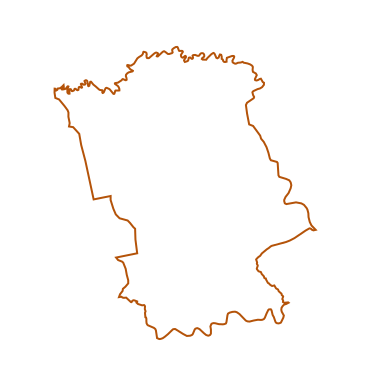 outline of Dong Xoai, Bình Phước, Vietnam, rotated 257°
{"feature_id": "81297802B13642047560711", "entity_name": "Dong Xoai", "entity_type": "district", "adm_level": 2, "iso_a3": "VNM", "parent_name": "Vietnam", "parent_adm1": "Bình Phước", "projection": "natural_earth1", "projection_center": [106.858, 11.515], "detail": "fine", "context": "isolated", "style": "outline", "palette": "amber", "viewbox_px": 384, "rotation_deg": 257, "n_neighbors": 0, "source": "geoboundaries", "source_scale": "gbopen_adm2", "svg_char_len": 5971}
<svg xmlns="http://www.w3.org/2000/svg" viewBox="0 0 384 384"><g transform="rotate(257 192 192)"><path d="M62.4,261.2L62.8,260.9L63.3,257.1L64.3,255.9L65.8,256.4L67.4,255.9L69.6,257.3L70.1,257.2L71.3,256.3L72.8,256.3L75.7,254.2L77.6,253.9L79.2,252.2L82.4,251.2L82.4,249.0L82.7,248.5L84.5,246.9L85.4,246.6L86.4,245.5L89.9,244.5L91.1,244.5L91.5,243.6L92.1,243.1L93.6,243.1L96.4,241.5L98.5,241.1L99.8,239.0L102.2,237.9L102.8,237.9L105.4,239.5L106.0,239.5L107.0,239.1L107.7,239.1L108.7,239.6L111.8,239.3L112.2,239.7L113.6,241.9L114.5,244.1L116.4,246.2L119.3,251.9L120.1,254.1L121.3,256.5L121.6,257.7L122.1,272.3L122.7,276.4L124.0,281.4L128.9,294.1L130.1,298.1L130.1,298.6L129.3,299.7L128.2,300.4L127.3,301.7L127.3,304.0L132.5,300.9L136.3,300.0L141.3,299.9L145.2,300.6L148.8,300.5L150.5,300.1L154.3,298.2L156.3,296.0L158.5,291.0L159.0,281.2L160.1,279.9L162.4,279.8L163.6,280.1L166.1,282.0L169.3,285.9L173.5,289.0L176.3,290.3L179.2,290.3L181.5,289.4L183.6,286.6L187.1,280.5L188.8,280.0L201.0,282.0L202.2,281.5L205.2,276.0L207.1,275.4L212.8,275.3L218.9,274.7L224.7,273.2L228.4,271.3L231.6,271.1L242.6,266.4L245.0,262.9L256.0,263.3L264.6,264.1L266.6,265.7L269.5,273.2L270.6,273.9L272.9,273.3L275.6,273.3L276.2,273.9L276.6,274.9L277.5,279.1L277.6,281.5L278.4,283.9L280.3,286.2L282.3,286.7L283.2,285.7L286.9,284.6L286.9,283.4L286.3,281.8L286.1,280.1L286.7,278.8L287.1,278.6L287.9,278.7L291.3,281.4L293.1,280.9L295.4,278.4L297.3,278.5L300.1,279.4L300.8,279.3L301.9,278.7L303.3,277.3L304.8,275.0L306.4,271.4L307.4,270.6L307.2,268.7L307.6,265.8L307.2,264.0L307.3,262.9L308.3,261.6L309.2,260.8L310.8,260.9L313.5,263.2L314.6,263.6L315.1,263.3L315.4,262.4L315.5,261.4L314.9,256.2L312.7,255.3L311.2,255.0L311.2,253.4L311.7,252.4L312.6,251.9L314.1,251.8L315.0,250.9L317.3,251.4L319.1,251.3L319.7,250.2L318.9,249.4L317.0,248.2L316.6,246.7L317.3,245.9L321.5,245.1L322.6,244.4L322.7,244.1L322.0,242.0L319.1,237.2L317.7,235.6L318.6,232.2L319.4,231.5L320.1,232.0L321.2,234.3L322.0,234.6L323.2,234.7L324.1,234.4L324.7,233.9L325.0,233.1L325.1,232.1L324.8,231.3L323.4,229.7L323.2,229.2L323.5,227.9L324.8,226.0L325.1,224.6L325.0,223.6L324.7,223.2L322.5,223.2L321.9,222.7L321.7,222.3L321.9,221.6L323.4,220.6L323.6,219.7L323.5,219.1L320.9,217.8L320.5,216.7L320.3,214.3L321.8,213.8L322.6,214.2L324.5,216.3L325.5,216.6L326.1,216.1L326.1,215.7L325.0,213.6L325.0,213.1L325.6,212.3L326.4,211.9L328.0,212.0L330.6,214.6L331.5,214.4L331.8,213.9L332.3,211.4L332.6,211.1L336.2,210.6L336.7,210.2L336.8,209.5L336.9,208.8L336.4,207.0L335.5,205.1L334.9,204.6L332.3,204.5L331.8,203.7L331.6,200.7L332.0,199.5L334.5,197.5L335.4,196.5L335.4,195.9L335.1,194.9L331.8,189.2L331.9,188.6L332.2,188.2L332.9,188.6L334.0,190.1L334.7,190.0L335.2,189.7L335.9,188.5L335.9,187.7L335.4,186.3L332.2,180.3L332.2,179.8L332.6,178.4L333.3,178.1L335.2,178.3L336.4,178.9L338.0,178.8L338.6,178.2L339.5,176.5L339.4,176.1L337.4,175.0L336.4,173.7L335.4,170.7L334.5,168.8L330.1,164.4L328.9,161.2L329.0,160.3L330.2,158.0L330.1,157.4L329.4,157.2L328.8,157.4L328.0,158.3L325.4,159.5L323.4,161.7L323.2,161.6L322.9,161.1L322.8,157.2L322.2,155.6L321.1,154.1L319.8,153.6L317.9,153.8L316.1,153.6L315.8,152.8L315.9,152.3L317.5,150.2L317.6,149.7L316.6,148.3L315.2,144.4L315.4,141.6L315.2,141.3L314.6,141.3L312.0,143.6L310.5,144.2L308.7,144.4L307.3,144.1L307.3,143.6L308.1,140.3L308.0,140.1L305.3,138.5L305.1,138.1L305.3,137.5L310.4,135.0L311.1,134.4L312.7,132.3L312.7,131.5L312.3,130.9L309.0,128.5L308.6,127.9L308.6,127.2L309.4,127.0L310.6,127.5L311.3,127.5L312.1,125.3L312.8,124.5L316.5,121.9L318.9,120.0L322.1,118.5L322.3,118.0L322.2,117.6L318.6,115.8L318.4,115.0L318.7,114.7L319.4,114.7L323.5,114.9L324.1,114.7L324.7,114.0L324.8,113.3L324.3,112.2L321.5,112.6L320.8,111.9L320.8,110.8L322.3,109.3L322.4,108.2L322.2,108.0L318.7,108.4L318.4,108.0L319.7,106.1L319.7,105.6L319.4,105.2L317.1,104.3L317.0,104.0L316.9,103.4L317.3,102.8L318.7,101.8L318.9,101.2L318.9,100.8L317.8,100.1L317.4,99.5L317.2,98.1L317.5,97.5L319.3,97.1L319.7,96.4L319.7,95.9L319.2,95.4L315.4,94.8L315.4,94.2L315.8,93.5L316.5,93.1L317.2,93.0L319.3,93.5L320.9,94.2L322.6,95.3L322.9,94.9L322.8,94.4L321.0,92.2L320.9,90.0L321.1,88.4L321.5,88.2L322.2,88.9L322.6,90.5L322.9,90.7L325.0,90.9L323.6,88.7L322.8,86.7L323.0,84.5L321.8,83.7L321.5,82.6L323.3,82.2L323.6,81.4L319.7,80.4L314.4,80.0L312.1,83.3L304.5,87.1L299.6,89.2L297.2,89.5L293.1,88.5L286.6,88.3L283.5,86.9L281.9,90.8L274.0,95.2L262.7,94.6L246.3,95.1L206.9,94.5L206.4,111.8L202.5,110.9L193.4,111.6L187.3,112.7L182.7,115.5L178.7,122.9L175.9,124.6L170.9,127.0L169.0,128.3L158.4,126.2L144.6,124.8L145.2,103.3L142.3,104.7L139.9,108.2L138.6,109.1L132.1,110.1L125.9,109.8L120.4,110.0L117.3,109.3L114.7,105.8L113.2,102.9L111.2,102.1L108.6,98.9L106.0,97.2L105.8,99.7L104.8,100.5L104.2,101.8L103.9,104.1L98.5,107.7L98.3,108.2L98.5,108.6L99.4,109.4L99.7,110.5L99.3,111.6L97.7,114.0L97.3,113.9L97.2,113.0L96.7,113.0L95.0,114.2L92.8,117.9L92.6,119.9L92.2,120.2L91.2,120.5L88.6,119.7L86.2,119.9L84.8,119.0L80.4,118.4L80.0,119.0L78.6,119.0L76.5,118.5L74.4,118.2L73.0,118.5L72.1,119.0L68.2,124.3L66.8,125.4L65.2,125.7L57.5,125.1L56.1,127.0L55.9,128.3L56.1,130.5L57.0,132.8L58.9,136.6L62.0,141.7L62.5,142.6L62.5,143.8L62.2,144.9L55.6,151.5L52.9,154.6L52.4,157.8L52.6,159.3L52.9,160.2L53.5,160.9L57.4,163.7L58.0,164.5L58.2,165.7L58.1,166.7L56.7,168.5L51.8,171.8L49.5,173.6L48.5,175.2L48.3,175.9L48.6,177.3L49.1,178.0L49.9,178.6L53.7,179.5L56.9,179.7L58.5,180.8L59.2,181.4L59.4,182.5L59.4,183.6L58.8,185.3L57.2,188.4L56.1,192.4L56.0,194.0L56.3,195.5L57.5,196.3L63.9,198.8L65.4,199.7L66.0,201.6L66.1,204.4L65.7,207.0L64.8,208.6L62.4,210.8L54.6,215.5L53.5,216.9L52.8,218.9L52.9,223.2L52.7,227.5L51.8,230.5L51.7,231.9L52.0,233.4L53.1,234.7L56.8,237.3L59.9,239.8L60.3,240.6L60.0,242.4L58.8,242.9L54.1,242.9L51.7,243.6L46.8,244.1L45.9,244.4L45.1,245.2L44.5,246.7L44.5,248.1L44.8,249.3L49.0,252.7L51.0,253.7L55.2,252.5L57.1,252.5L59.0,253.2L60.3,254.5L61.2,255.8L61.6,256.6L61.7,258.5L62.4,261.2Z" fill="none" stroke="#b45309" stroke-width="2"/></g></svg>